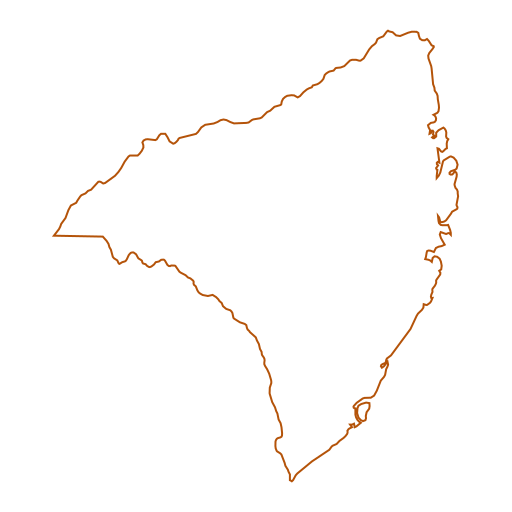 map outline of Nampula (Equal Earth projection)
{"feature_id": "MOZ-1200", "entity_name": "Nampula", "entity_type": "Province", "adm_level": 1, "iso_a3": "MOZ", "parent_name": "Mozambique", "parent_adm1": "", "projection": "equal_earth", "projection_center": [39.254, -15.162], "detail": "fine", "context": "isolated", "style": "outline", "palette": "amber", "viewbox_px": 512, "rotation_deg": 0, "n_neighbors": 0, "source": "natural_earth", "source_scale": "10m", "svg_char_len": 6041}
<svg xmlns="http://www.w3.org/2000/svg" viewBox="0 0 512 512"><path d="M427.0,39.0L428.7,40.8L431.6,45.3L433.7,46.2L433.8,47.0L432.5,49.0L429.3,53.0L428.2,55.6L428.5,58.5L431.2,66.1L431.6,68.5L433.1,84.2L434.4,87.7L434.7,90.6L436.8,93.6L437.6,95.9L437.8,99.2L438.8,105.0L439.0,107.7L438.5,111.2L437.4,112.8L433.5,114.8L434.7,115.6L435.6,116.9L436.1,118.4L435.9,120.3L434.9,121.8L433.7,122.4L430.8,122.9L428.0,125.2L428.6,127.4L430.1,130.1L429.5,133.8L430.8,133.2L431.9,130.7L432.8,130.7L433.5,131.8L433.0,134.4L434.2,135.6L432.1,137.4L433.1,138.2L434.1,138.2L436.2,136.5L436.2,132.7L438.6,130.2L443.4,127.6L444.6,128.6L445.8,130.5L446.3,132.5L446.1,136.5L446.6,137.9L448.3,139.2L447.2,141.1L446.7,143.6L446.9,148.3L445.6,148.9L443.2,151.3L442.2,151.9L440.9,151.3L439.0,148.8L437.5,148.3L439.4,162.7L437.7,161.9L436.8,162.8L436.9,164.2L438.1,165.4L436.1,168.1L436.7,169.6L437.4,169.9L436.7,176.0L436.7,178.1L438.8,175.6L440.3,172.5L443.0,161.4L443.7,160.4L449.7,156.7L450.9,156.4L453.6,157.6L456.3,160.7L457.6,164.7L456.6,168.6L455.3,169.7L450.8,171.3L449.5,172.8L449.6,174.0L450.7,174.6L452.2,174.5L453.2,173.6L454.1,172.3L455.0,171.6L456.3,172.6L456.8,174.5L456.6,176.7L454.5,184.2L454.7,185.6L455.5,187.9L457.0,189.6L457.7,191.5L457.7,193.4L458.1,196.3L456.5,204.8L456.6,205.4L457.5,207.2L457.3,208.6L456.8,209.1L452.1,211.7L450.9,213.8L446.1,220.3L444.5,221.4L442.7,222.0L441.0,222.2L440.2,221.4L439.1,217.4L438.0,215.9L438.5,220.9L439.0,223.1L440.7,224.9L442.3,225.2L446.9,225.2L448.1,224.9L450.1,229.9L450.8,232.8L450.8,234.8L449.3,233.2L448.3,233.1L446.1,234.0L440.7,232.1L439.8,234.5L441.0,238.2L444.7,244.7L441.6,246.1L438.6,246.7L435.9,248.0L433.9,252.0L430.5,250.7L428.6,250.5L427.2,251.0L426.7,252.4L425.9,257.1L425.2,259.1L428.6,259.8L430.4,260.6L431.8,261.9L432.7,257.9L434.6,256.3L437.2,256.8L439.6,258.7L440.9,261.6L441.7,265.8L441.2,269.4L439.2,270.8L440.4,272.8L440.2,274.5L436.5,279.7L436.1,280.6L436.2,282.6L435.9,283.7L434.9,285.7L432.5,288.8L432.3,289.8L432.5,291.9L431.3,294.7L430.9,296.7L431.3,298.0L432.5,297.9L431.0,301.5L429.9,302.9L427.1,304.9L426.2,305.0L423.7,304.2L423.4,307.6L421.9,309.9L418.0,313.6L416.6,315.9L410.5,329.0L391.0,355.4L386.9,358.5L386.3,359.7L385.6,362.8L382.4,364.2L381.3,365.0L380.9,366.2L381.9,367.7L384.0,366.2L387.5,361.7L388.1,364.7L387.3,367.0L386.2,369.1L385.1,374.9L384.0,376.9L380.8,380.6L376.8,390.7L374.1,395.6L370.8,397.7L364.5,397.9L362.7,398.5L356.7,402.8L353.8,406.0L353.5,406.6L353.7,407.7L354.3,408.2L355.4,408.4L355.4,414.7L356.1,417.4L357.4,419.8L359.0,421.6L360.8,422.8L356.4,426.4L354.7,427.2L354.0,423.7L352.1,424.6L350.1,424.6L352.0,427.2L349.4,428.5L348.4,429.3L347.4,430.8L347.6,431.9L347.5,432.9L347.1,434.0L345.4,436.2L343.5,438.0L339.5,440.9L336.6,444.0L332.7,445.7L331.7,446.5L329.3,449.8L312.1,461.3L297.3,473.5L295.7,475.3L293.1,480.1L291.8,481.3L290.0,480.1L290.0,480.7L289.9,480.5L289.9,474.4L288.5,471.7L287.9,469.8L285.4,465.8L284.6,462.8L281.4,454.5L280.2,453.3L277.0,451.3L276.6,450.7L275.7,448.4L275.4,446.0L275.5,441.6L275.9,440.2L276.8,438.8L277.9,438.1L280.4,437.4L281.5,436.7L282.0,435.5L282.1,433.2L281.5,427.3L280.6,423.2L278.6,419.5L277.4,413.5L276.2,411.1L275.0,407.3L272.2,402.1L269.7,393.8L269.6,393.1L269.8,387.6L271.3,383.1L271.3,381.5L271.1,380.1L269.2,373.7L267.1,369.2L265.1,366.0L264.3,364.2L264.3,362.7L264.6,360.3L264.4,358.8L263.8,357.5L262.1,355.1L261.8,354.1L261.6,351.9L260.0,349.0L258.9,344.1L256.9,340.4L255.8,337.4L249.9,332.1L249.3,331.1L247.6,329.5L246.9,327.8L246.3,325.1L244.7,323.9L239.9,322.3L234.2,318.7L233.4,317.8L232.4,313.0L231.5,311.5L230.3,310.3L226.2,308.9L223.0,306.2L221.7,303.0L219.4,301.0L218.3,299.3L216.1,297.1L212.6,294.9L207.9,296.0L202.7,295.0L200.2,293.6L198.7,292.4L197.4,290.4L195.8,286.4L193.9,284.7L193.5,283.3L193.7,281.9L193.2,280.7L190.4,278.4L188.0,277.5L185.6,275.2L180.8,272.7L179.4,271.7L175.4,265.9L174.7,265.6L171.2,265.5L170.1,266.1L168.8,266.0L167.4,264.9L165.0,260.7L164.1,259.8L163.3,259.6L161.2,259.8L158.9,261.5L155.7,262.2L154.0,264.5L151.4,266.5L149.8,267.1L149.0,267.0L147.1,265.9L145.6,264.2L143.1,263.5L142.4,262.6L142.0,260.9L141.5,260.3L138.3,258.3L136.1,254.3L133.9,252.7L133.2,252.4L131.9,252.5L130.7,252.9L129.4,254.3L128.7,255.2L126.8,259.3L125.8,260.8L124.9,261.4L122.2,262.2L119.5,263.9L119.0,263.7L118.4,262.9L117.3,260.4L114.0,258.3L112.8,256.8L110.9,249.7L109.4,247.1L108.5,243.9L106.6,240.9L102.8,236.6L53.9,235.7L59.0,229.1L60.3,226.5L61.2,223.9L65.5,218.0L68.4,210.1L70.9,205.5L76.2,202.8L77.4,200.6L80.2,196.5L81.4,195.2L85.5,193.4L88.0,190.9L91.1,189.7L98.3,181.8L99.5,181.6L100.7,181.9L103.2,183.5L105.1,183.0L115.0,175.8L118.4,172.0L121.2,168.0L124.7,161.6L128.5,156.5L130.0,155.5L137.7,155.5L139.5,153.8L141.8,150.8L143.4,147.5L143.3,145.1L142.4,142.4L143.6,140.5L145.7,139.4L147.7,139.2L155.4,140.1L156.8,139.3L159.3,135.3L161.0,133.8L165.3,133.8L167.5,137.2L169.6,141.4L173.2,143.7L174.7,143.2L176.4,141.8L177.9,140.1L178.5,138.8L179.5,138.0L196.0,133.9L198.0,132.0L201.3,127.4L205.2,124.8L213.7,123.5L217.5,122.0L220.5,120.2L223.5,119.5L226.5,120.1L230.2,122.0L234.0,123.4L246.3,122.9L248.6,122.5L251.9,120.0L253.3,119.4L259.9,118.3L261.7,117.5L267.1,112.1L270.2,110.7L274.4,106.8L280.3,105.1L281.2,104.5L281.8,101.4L283.1,98.8L285.1,97.0L287.2,95.8L291.5,95.2L294.1,95.4L297.7,97.4L300.0,96.1L303.4,92.3L306.8,89.5L309.0,88.3L311.8,87.3L312.8,85.5L317.4,84.2L319.4,83.0L321.6,81.1L323.4,78.9L324.7,75.0L326.2,73.5L328.0,72.3L329.5,71.5L333.6,70.6L335.6,68.2L336.6,67.9L340.6,67.5L344.3,66.1L350.0,60.5L352.1,59.8L356.1,59.8L359.3,60.7L360.5,60.7L363.7,58.4L369.2,49.4L371.9,46.2L374.7,44.1L376.0,42.7L377.4,39.2L379.2,38.0L383.3,36.3L386.7,31.7L387.9,30.7L388.4,30.8L389.0,31.4L392.6,32.2L396.1,35.4L400.1,36.0L408.2,32.7L411.9,31.7L416.6,31.8L418.3,32.9L418.9,35.8L419.9,38.7L422.2,40.2L424.8,40.3L427.0,39.0ZM366.1,402.6L369.4,403.1L369.6,406.1L369.2,408.7L366.6,412.2L365.8,416.0L366.0,418.3L365.4,420.2L363.0,421.1L360.9,420.2L358.5,417.6L357.1,413.1L357.5,408.1L358.5,405.7L361.3,404.0L366.1,402.6Z" fill="none" stroke="#b45309" stroke-width="2"/></svg>